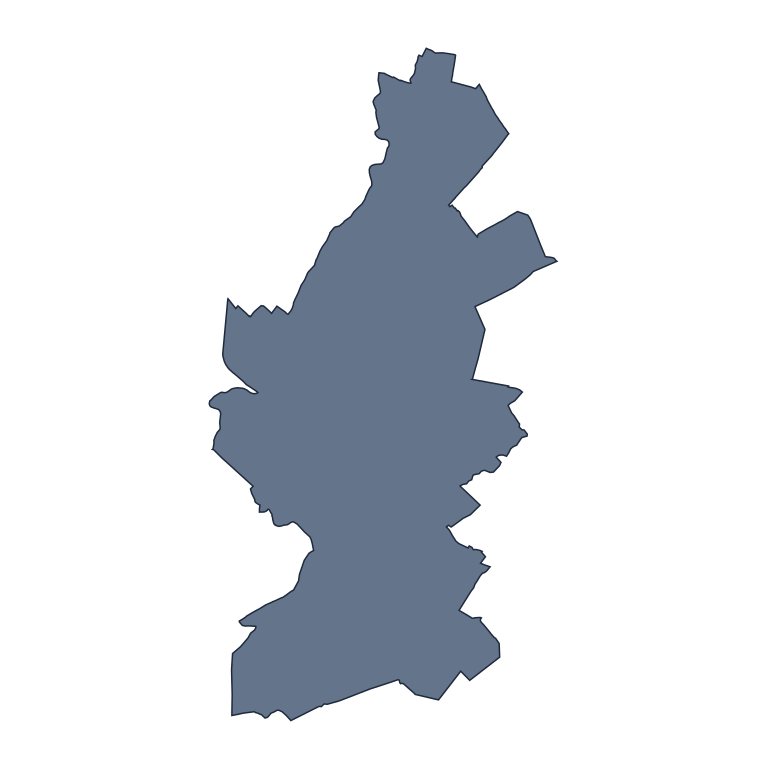 the district of Targoviste, Dâmbovita, Romania, rotated 269°
{"feature_id": "2599482B69796081366270", "entity_name": "Targoviste", "entity_type": "district", "adm_level": 2, "iso_a3": "ROU", "parent_name": "Romania", "parent_adm1": "Dâmbovita", "projection": "orthographic", "projection_center": [25.462, 44.919], "detail": "fine", "context": "isolated", "style": "filled", "palette": "slate", "viewbox_px": 768, "rotation_deg": 269, "n_neighbors": 0, "source": "geoboundaries", "source_scale": "gbopen_adm2", "svg_char_len": 6110}
<svg xmlns="http://www.w3.org/2000/svg" viewBox="0 0 768 768"><g transform="rotate(269 384 384)"><path d="M695.3,384.4L692.8,384.0L687.7,383.5L677.1,385.5L675.0,385.4L673.7,384.0L672.6,382.5L670.1,379.7L666.5,378.0L663.8,378.7L657.8,381.0L655.9,380.6L650.5,381.2L646.7,382.2L640.3,383.7L639.3,383.3L636.2,379.5L633.8,379.6L631.6,381.2L629.8,383.4L628.7,386.2L628.6,388.7L627.8,391.6L625.7,393.1L623.3,393.3L621.5,392.9L619.8,391.5L614.2,390.0L609.1,388.8L605.2,386.8L604.1,384.9L603.7,378.8L602.8,375.8L601.2,373.9L598.8,373.0L595.4,373.1L592.7,373.6L586.9,375.2L584.5,375.4L582.3,375.1L580.5,373.5L578.1,372.1L571.6,369.0L569.0,368.2L564.2,365.0L561.5,361.9L556.8,357.0L551.9,353.7L547.9,347.8L547.3,347.0L546.2,346.4L542.7,342.0L542.0,338.5L541.3,337.0L536.3,332.7L534.9,332.3L528.4,329.3L522.3,324.8L518.2,322.4L510.4,319.0L509.2,318.2L503.9,316.6L497.5,310.4L495.8,309.3L489.6,306.6L484.0,302.8L476.4,299.7L469.5,296.2L466.8,295.0L464.5,294.7L461.4,293.6L459.1,292.4L455.4,289.3L455.8,288.3L457.7,286.5L463.7,278.3L456.6,272.8L458.7,270.8L462.8,266.5L464.2,264.8L464.2,263.1L464.5,262.6L459.0,256.0L457.3,254.4L453.7,251.8L454.4,250.9L453.9,250.4L457.2,247.3L464.7,239.3L462.1,237.1L472.0,229.5L471.5,229.3L418.8,223.5L417.0,223.3L414.9,223.4L409.8,224.6L406.9,225.8L405.3,226.7L403.0,228.2L401.1,229.8L397.6,233.6L396.0,235.6L388.7,243.7L385.8,246.3L383.2,250.3L378.4,257.1L377.5,257.7L376.9,256.4L376.6,254.9L376.7,253.0L377.2,251.3L378.2,249.4L380.2,247.0L381.7,244.2L382.2,242.6L382.8,237.5L382.6,235.7L382.1,232.8L381.5,231.2L379.0,227.6L378.4,226.4L378.1,224.6L378.6,221.4L377.9,219.8L374.5,214.0L371.1,210.8L370.2,209.6L368.1,209.0L367.1,209.0L365.5,209.4L364.1,210.7L362.9,213.7L362.1,216.4L361.6,217.6L360.8,218.8L359.0,219.8L357.1,220.2L347.9,219.0L345.8,219.3L343.0,219.4L341.4,219.1L338.6,216.5L334.6,214.4L330.6,212.9L327.9,213.0L323.0,212.1L321.9,211.7L321.6,211.3L321.2,212.6L312.7,220.8L309.4,224.4L284.1,251.3L283.7,251.1L281.5,248.7L281.1,248.7L276.8,249.9L270.6,252.8L268.9,252.9L268.3,253.2L267.8,253.6L265.9,256.2L265.2,257.8L261.6,257.3L258.1,257.2L258.1,260.9L258.3,262.6L259.2,264.4L259.9,265.2L260.3,265.3L260.7,265.6L260.7,266.5L260.4,267.0L256.8,268.9L256.2,269.5L255.1,269.7L253.8,269.7L253.1,270.1L249.8,270.5L246.5,271.4L245.4,272.1L245.0,272.5L245.1,273.1L244.3,273.6L243.9,275.2L243.5,276.1L243.8,278.9L244.4,280.5L244.7,282.1L244.9,284.6L245.9,286.7L246.9,287.8L247.7,290.0L247.8,291.0L245.5,294.7L237.6,301.8L232.4,307.3L229.6,308.5L225.6,309.5L218.7,310.7L217.5,308.3L216.0,306.0L209.1,301.2L195.3,296.2L188.6,295.1L179.6,290.0L177.8,286.8L175.0,283.0L172.4,279.1L172.1,277.9L168.6,270.0L168.5,269.3L167.7,267.9L165.3,262.1L161.4,255.5L158.9,250.6L154.5,242.8L153.3,241.5L152.6,240.4L150.9,237.7L149.5,235.1L148.5,235.3L145.1,238.1L144.4,241.0L144.5,244.7L144.0,251.5L142.8,251.7L140.3,250.4L137.2,246.3L132.6,243.7L126.7,238.5L123.8,235.9L117.2,227.9L101.0,226.6L76.4,226.8L55.2,226.1L56.4,233.0L57.3,237.1L58.6,248.7L57.7,249.8L57.1,252.1L55.9,254.4L55.4,256.0L54.1,257.1L52.1,259.2L52.8,261.8L57.0,265.5L57.7,267.7L59.6,271.3L59.6,273.2L58.1,276.4L54.2,280.6L49.1,285.0L62.8,313.4L62.5,315.7L65.1,318.5L64.8,321.8L68.0,333.9L79.3,364.6L85.9,386.1L88.1,392.8L87.6,394.1L85.1,394.6L84.1,395.3L84.4,397.3L83.6,398.6L73.6,409.5L73.1,409.6L67.2,433.0L95.5,455.7L86.2,464.5L108.9,494.9L122.5,494.6L127.7,491.2L128.9,489.5L132.5,486.5L134.8,484.8L141.7,479.3L142.9,478.1L145.3,476.2L147.5,476.5L148.4,477.3L148.9,476.2L148.7,470.6L148.2,469.4L148.3,468.2L156.4,455.1L175.3,467.4L178.5,470.0L182.5,471.6L186.2,474.2L190.2,476.6L193.2,479.2L193.4,480.7L195.0,483.1L199.4,486.9L201.2,481.8L203.1,477.4L209.5,482.4L214.2,478.5L214.9,479.2L215.9,477.2L216.9,473.3L216.9,470.3L219.1,469.1L220.6,466.4L218.6,465.2L223.1,456.1L225.6,453.2L230.8,450.0L236.7,446.8L240.1,443.9L241.6,446.1L239.8,448.6L243.5,454.0L248.4,460.9L251.8,468.1L261.2,478.0L280.6,458.3L280.9,458.3L282.2,461.1L282.8,464.9L285.5,467.0L286.7,470.0L289.0,470.7L291.4,471.5L292.1,474.3L292.6,477.5L295.1,479.8L296.0,483.0L293.7,488.6L294.0,491.9L300.2,498.0L303.6,499.6L308.9,494.9L309.5,495.5L310.7,497.7L311.0,501.3L309.7,505.3L313.4,507.7L316.9,509.5L318.3,511.0L319.6,513.2L320.4,515.5L326.5,519.7L328.1,521.0L329.4,526.1L331.4,526.4L335.5,523.4L335.9,521.1L338.5,518.5L341.7,518.8L343.0,517.8L350.0,513.5L352.7,511.2L360.4,507.7L362.7,510.3L364.9,514.4L373.5,522.2L375.8,519.5L377.4,515.6L378.7,508.2L379.2,508.5L379.8,508.6L387.1,472.1L387.3,472.5L398.7,475.8L407.5,478.5L436.8,485.9L459.8,476.3L466.8,492.0L478.4,515.6L486.2,526.6L490.6,532.1L493.9,535.2L503.7,559.0L504.5,558.0L506.7,556.4L506.8,556.1L507.4,554.7L507.8,552.6L508.1,550.7L508.3,548.5L508.6,547.6L508.9,547.4L519.9,543.1L545.2,533.7L546.6,533.1L549.4,531.3L550.2,530.8L550.4,530.5L554.1,520.5L550.0,513.0L546.9,508.3L545.2,505.2L544.4,503.6L543.7,502.0L540.9,496.8L537.5,490.0L532.2,480.8L529.4,479.9L532.0,477.7L538.0,473.0L546.1,467.4L550.5,464.0L553.1,463.2L554.7,462.5L556.1,461.0L555.7,460.4L558.7,458.2L558.7,457.4L561.6,455.2L560.2,452.9L561.7,451.7L563.8,453.8L567.3,456.9L567.2,457.0L568.6,458.3L568.7,458.2L569.4,458.8L579.2,468.0L580.4,469.5L594.4,482.4L596.9,484.2L598.5,486.0L600.1,485.9L610.7,496.0L612.4,497.2L622.8,505.8L631.4,512.4L632.0,513.1L635.0,511.1L636.9,509.9L638.3,508.8L640.6,507.2L642.3,506.3L643.1,505.6L646.0,503.6L647.5,502.8L651.5,500.0L656.0,497.8L657.3,496.9L665.4,492.7L667.0,492.0L669.4,491.2L674.7,488.3L677.4,486.7L681.9,484.5L677.7,480.7L679.5,475.9L685.0,456.6L686.6,456.9L688.8,457.2L691.3,457.9L692.9,458.0L704.0,460.1L711.4,461.3L711.9,460.8L712.1,460.3L713.1,454.8L714.0,449.0L714.1,446.0L714.0,441.4L714.6,440.1L716.2,438.1L716.5,437.5L717.1,436.4L717.8,434.4L718.9,432.1L710.8,427.8L712.1,424.7L711.0,424.0L710.0,423.7L708.4,423.5L706.7,423.0L705.5,422.6L702.4,420.9L701.4,420.8L700.1,421.1L699.0,421.0L694.8,420.1L692.7,419.1L688.9,415.9L688.2,415.6L687.4,415.4L684.4,416.2L684.3,415.6L685.0,412.4L686.0,409.4L686.9,407.3L687.4,405.8L687.3,405.2L687.1,405.2L690.7,398.9L690.3,398.5L690.3,398.0L694.3,390.1L694.6,389.8L695.3,384.4Z" fill="#64748b" stroke="#1e293b" stroke-width="1.5"/></g></svg>